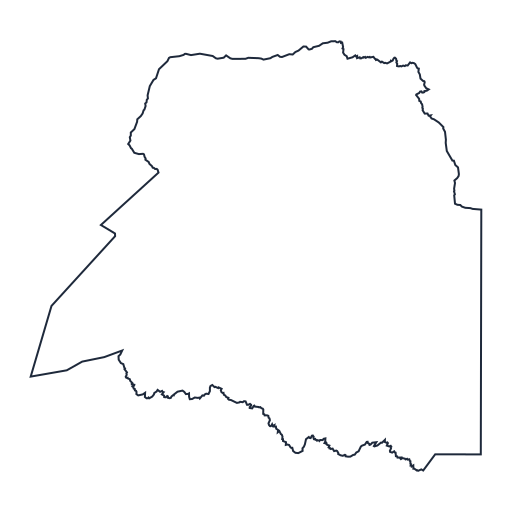 outline of Andalgalá, Catamarca, Argentina, rotated 270°
{"feature_id": "61730980B92024748366562", "entity_name": "Andalgalá", "entity_type": "district", "adm_level": 2, "iso_a3": "ARG", "parent_name": "Argentina", "parent_adm1": "Catamarca", "projection": "orthographic", "projection_center": [-66.355, -27.481], "detail": "fine", "context": "isolated", "style": "outline", "palette": "slate", "viewbox_px": 512, "rotation_deg": 270, "n_neighbors": 0, "source": "geoboundaries", "source_scale": "gbopen_adm2", "svg_char_len": 6008}
<svg xmlns="http://www.w3.org/2000/svg" viewBox="0 0 512 512"><g transform="rotate(270 256 256)"><path d="M135.4,30.7L141.7,66.8L150.4,82.2L154.9,104.3L161.5,122.2L157.5,120.3L155.8,118.5L152.3,118.7L148.9,120.9L147.9,123.3L144.1,124.4L143.6,125.0L142.8,124.5L139.6,127.0L138.7,126.4L137.2,126.7L135.2,125.7L134.4,126.1L134.0,127.1L134.2,127.6L133.6,127.8L132.8,129.8L131.2,130.2L128.9,132.4L128.3,131.7L127.5,131.8L127.2,134.3L126.4,134.1L125.4,132.6L124.9,133.3L123.4,133.7L123.0,134.8L121.6,134.9L121.2,136.0L120.2,136.5L117.9,136.4L116.6,138.2L117.6,142.8L119.2,145.1L115.0,144.9L113.7,146.6L113.8,147.8L114.5,148.5L113.7,149.2L115.4,152.2L117.5,153.9L119.0,154.3L120.5,156.6L122.1,157.6L120.2,160.1L121.1,162.1L120.1,162.6L119.8,163.6L117.6,161.9L116.4,164.1L114.9,164.2L114.7,165.9L116.0,167.2L115.6,167.9L114.2,168.0L113.8,169.7L114.2,170.9L115.4,171.4L116.7,172.9L116.7,173.8L117.4,173.8L120.3,177.5L121.4,182.5L120.1,184.3L117.9,185.9L118.1,188.1L118.6,189.0L115.2,189.1L112.8,189.8L113.0,192.1L114.5,194.8L114.1,197.8L114.4,199.3L113.5,199.8L116.6,202.4L116.3,203.9L117.5,204.7L118.3,206.2L118.0,208.5L120.9,209.9L124.4,209.9L126.0,210.5L127.0,212.3L124.9,214.5L125.2,215.3L123.9,218.2L124.6,218.6L123.2,221.6L121.7,220.8L119.8,221.5L118.9,222.9L119.1,223.5L117.2,223.9L116.5,225.3L115.0,226.2L114.2,228.4L113.2,228.0L112.3,228.9L112.0,230.9L109.1,236.9L109.6,239.4L110.2,240.1L109.8,242.7L110.8,244.0L110.6,245.6L107.2,247.0L107.2,248.2L108.1,250.0L107.2,251.1L106.4,251.1L104.9,249.7L104.0,249.7L103.6,252.2L106.1,253.7L106.4,254.3L105.4,254.9L105.0,258.6L104.6,259.1L104.9,260.3L103.8,261.4L103.3,262.8L102.5,263.3L98.1,263.2L97.7,264.3L96.6,264.6L96.7,266.9L96.2,268.3L94.3,268.6L93.6,269.5L91.8,269.9L88.7,268.5L87.0,269.0L85.9,269.9L85.8,270.6L86.2,271.3L87.7,272.1L86.1,272.7L86.9,274.3L85.5,273.9L85.5,275.9L83.3,276.2L82.0,278.1L79.7,277.8L80.9,279.4L78.0,280.8L77.3,281.8L75.4,282.5L72.9,282.2L72.8,283.0L71.0,283.0L69.8,286.0L67.1,285.8L67.5,287.3L67.0,289.1L64.7,290.5L64.1,291.3L64.2,292.3L61.0,293.1L59.2,295.4L58.9,298.3L61.1,302.6L63.7,302.5L65.3,303.9L67.7,304.9L72.8,306.0L75.0,308.8L74.1,309.5L73.9,310.6L76.3,311.9L76.5,312.8L75.2,313.7L74.3,313.4L72.9,313.9L73.1,315.2L72.2,315.4L72.0,316.9L71.4,317.0L71.7,319.5L71.3,319.6L72.0,320.3L71.9,322.7L73.2,323.6L73.6,325.4L70.3,325.2L68.9,324.5L68.8,325.0L69.6,326.0L68.9,326.5L68.3,326.0L67.2,327.1L66.4,329.4L64.6,328.6L64.2,329.5L63.6,329.6L63.7,330.3L63.0,330.8L63.4,332.6L60.9,334.1L61.4,336.3L60.9,337.2L59.0,338.3L58.0,338.2L56.7,340.6L56.2,342.8L57.2,344.9L56.9,345.5L55.7,345.6L55.3,348.2L55.4,350.4L57.1,353.2L57.3,354.7L59.5,356.3L60.7,358.6L65.5,360.9L66.4,362.1L67.4,364.9L70.1,366.7L70.2,367.6L69.0,367.8L68.3,369.1L67.1,369.5L67.4,370.5L69.3,372.3L69.8,376.3L65.9,373.9L65.6,374.4L66.5,377.4L69.4,381.0L69.2,381.9L72.1,384.9L70.0,384.8L69.1,386.9L69.5,387.4L68.9,387.9L66.4,386.8L65.6,389.1L66.2,390.7L65.4,391.2L65.1,390.6L63.6,391.0L61.2,389.9L60.1,390.1L59.4,392.2L60.7,394.2L59.4,395.0L59.3,395.6L55.8,395.9L55.6,397.2L54.4,397.5L54.5,401.0L53.5,400.4L52.9,400.9L53.9,402.5L53.3,405.0L52.6,405.5L53.2,407.1L52.4,407.6L52.7,409.3L51.1,409.8L50.8,410.4L48.3,410.4L47.9,411.0L46.4,410.6L46.3,411.6L45.6,411.7L46.6,413.3L43.3,413.4L43.4,414.2L41.6,416.7L41.9,417.0L41.2,418.1L42.6,421.3L41.5,423.2L57.7,435.2L57.6,480.8L302.4,481.3L303.1,472.6L303.9,470.3L304.2,465.3L305.4,461.9L307.0,460.3L307.2,457.4L308.3,455.0L316.7,454.2L317.7,454.9L320.7,454.0L321.2,454.4L323.3,454.1L329.0,455.0L331.5,454.4L333.9,457.2L336.0,458.6L337.9,458.9L344.6,458.0L347.0,455.3L351.3,453.9L351.4,452.4L361.0,446.8L369.1,445.7L372.3,445.9L380.2,445.0L383.5,443.2L384.9,443.4L389.5,438.8L392.7,434.0L393.5,431.6L395.7,430.0L396.6,430.7L396.3,428.6L398.5,427.5L398.4,424.7L401.8,422.6L403.2,422.9L404.2,422.3L405.1,422.6L407.7,422.1L408.9,421.1L410.5,420.7L411.1,419.3L413.2,419.1L417.0,416.1L417.6,416.4L419.0,419.2L420.4,420.1L420.6,421.4L419.4,422.2L419.5,423.5L419.9,424.3L420.9,424.4L421.3,426.8L422.6,428.7L423.8,426.2L426.2,424.5L427.2,424.1L429.9,424.7L430.8,424.3L431.0,423.1L433.4,420.5L437.6,419.8L440.1,418.4L443.4,418.8L443.7,417.6L444.4,417.0L447.9,415.3L448.9,413.9L449.2,412.3L448.8,411.4L449.6,410.1L446.5,407.7L446.7,405.7L445.9,404.8L446.4,403.1L445.6,401.4L446.0,400.2L445.6,399.0L445.8,397.7L446.0,397.0L448.3,397.2L449.5,396.4L450.9,397.0L451.3,396.4L453.2,396.1L454.3,395.0L454.3,394.4L453.3,393.5L451.5,392.7L451.0,391.8L451.3,390.9L450.5,390.8L448.6,387.1L449.2,385.1L448.9,384.2L450.4,381.9L449.6,380.9L452.4,377.3L452.0,376.0L453.0,375.7L453.1,375.0L455.2,373.4L454.5,370.1L455.1,369.7L454.7,368.7L455.1,367.6L454.2,365.8L455.1,365.1L454.4,363.8L454.9,363.3L453.7,361.4L453.6,360.2L454.7,359.7L453.9,357.1L456.0,357.1L455.5,356.1L456.6,355.3L454.7,352.5L453.3,347.5L455.8,346.7L457.2,344.5L459.4,343.1L462.9,343.5L463.5,342.5L465.0,343.1L469.4,342.2L469.1,341.0L470.4,340.8L470.6,339.4L469.7,338.2L469.8,336.7L470.8,335.4L470.7,331.1L469.3,327.7L468.7,322.8L466.2,319.1L464.8,313.3L463.2,311.9L462.5,309.5L462.6,308.6L465.4,306.1L465.5,303.4L461.4,298.5L460.0,295.4L457.5,292.7L457.8,289.3L455.0,282.0L455.2,280.0L457.0,277.7L455.1,272.4L453.8,270.4L452.4,263.5L453.4,261.3L453.8,258.7L454.2,248.3L453.2,245.5L453.1,232.5L453.7,230.3L456.6,226.1L454.3,223.7L453.3,217.6L453.7,215.9L456.0,212.7L458.3,199.9L456.9,191.0L458.2,185.9L458.1,184.8L457.1,183.6L455.8,179.3L454.8,170.3L454.1,169.0L450.8,167.4L442.8,159.0L433.7,156.0L432.1,153.5L425.9,149.8L416.7,147.6L413.5,147.9L412.2,146.8L409.6,146.5L408.5,145.2L406.0,145.6L402.4,144.4L401.7,143.6L398.5,142.6L395.9,140.8L392.7,137.3L390.2,137.1L382.9,134.4L379.5,130.8L376.4,130.8L374.8,129.8L371.4,130.4L368.0,128.2L366.6,129.6L363.8,131.0L363.3,131.8L359.2,134.3L357.9,138.9L358.2,143.0L357.6,144.0L355.1,144.6L353.6,145.6L352.3,145.4L350.0,148.7L348.2,149.4L345.8,152.0L344.3,152.7L344.1,153.9L343.0,155.1L343.1,156.7L342.3,157.6L339.4,158.5L287.0,100.9L278.5,115.0L275.8,115.1L206.1,51.5L135.4,30.7Z" fill="none" stroke="#1e293b" stroke-width="2"/></g></svg>